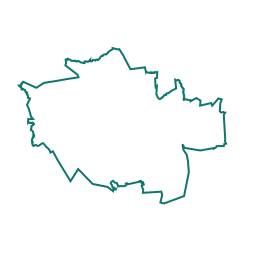 San Juan del Río, Durango, Mexico, rotated 258°
{"feature_id": "50627088B83051794831634", "entity_name": "San Juan del Río", "entity_type": "district", "adm_level": 2, "iso_a3": "MEX", "parent_name": "Mexico", "parent_adm1": "Durango", "projection": "robinson", "projection_center": [-104.386, 24.795], "detail": "fine", "context": "isolated", "style": "outline", "palette": "teal", "viewbox_px": 256, "rotation_deg": 258, "n_neighbors": 0, "source": "geoboundaries", "source_scale": "gbopen_adm2", "svg_char_len": 5680}
<svg xmlns="http://www.w3.org/2000/svg" viewBox="0 0 256 256"><g transform="rotate(258 128 128)"><path d="M96.4,220.7L120.2,224.3L121.5,224.9L122.5,225.9L122.5,225.1L123.8,224.9L123.8,222.4L125.1,221.3L132.8,223.4L136.5,225.7L137.5,223.8L138.1,222.6L132.3,215.0L135.1,214.5L134.9,203.2L139.7,204.6L143.1,201.1L141.2,195.0L142.1,195.3L142.9,192.6L143.8,191.3L144.1,189.0L144.2,188.9L143.9,188.5L143.9,188.4L144.6,188.3L145.3,188.7L145.7,189.2L146.0,189.0L146.5,189.1L146.7,189.3L147.5,189.4L148.2,189.7L148.8,189.4L149.0,189.5L149.5,189.6L150.0,189.4L150.3,189.6L151.0,189.3L151.3,189.3L151.7,189.4L152.0,189.8L152.5,189.7L152.8,190.1L153.9,190.2L154.2,190.6L154.6,190.5L155.0,190.3L155.4,190.3L155.6,189.8L155.9,189.5L156.6,189.5L156.9,189.2L157.3,189.3L157.6,189.1L158.1,189.1L158.3,188.7L159.0,189.0L159.3,188.9L159.8,189.1L160.2,189.2L160.6,188.6L161.1,188.2L161.6,188.2L162.1,188.0L162.8,188.4L163.1,188.4L163.7,187.8L164.1,187.7L164.4,187.5L164.6,187.2L164.6,186.3L164.4,185.8L164.3,185.0L164.6,184.7L165.1,184.4L165.4,184.4L165.5,184.2L156.7,183.3L155.3,178.2L154.6,177.0L154.5,176.4L153.6,174.6L153.8,173.9L153.7,173.1L153.6,172.5L153.4,172.3L152.5,172.3L152.4,171.6L152.5,171.1L152.6,170.2L152.3,170.1L151.5,169.1L151.0,168.1L150.8,168.2L150.5,167.9L150.6,167.5L150.3,166.7L149.7,165.7L149.8,165.4L149.7,165.1L150.2,164.3L151.6,163.5L155.3,162.8L163.0,165.0L162.2,163.6L165.1,163.9L170.9,164.9L171.0,166.8L176.6,168.3L176.5,167.7L176.7,166.5L177.2,166.1L176.4,164.9L176.4,164.6L176.7,164.3L177.0,164.3L177.1,164.2L177.1,163.8L176.8,163.5L176.8,163.3L177.3,162.9L177.2,162.6L176.8,162.4L176.9,162.2L177.6,162.1L177.8,161.9L177.8,161.7L177.3,161.0L177.3,160.8L177.8,160.0L178.0,159.2L178.3,158.6L178.5,158.5L179.0,157.8L179.0,157.5L178.7,157.2L183.8,157.2L185.0,142.6L197.7,139.0L200.2,138.5L201.9,137.7L206.9,135.9L206.7,135.2L206.8,135.0L206.9,134.9L207.1,134.5L207.1,134.3L207.2,133.9L207.4,133.4L207.9,132.7L208.0,132.2L208.2,131.7L208.7,130.9L208.7,130.6L209.0,130.3L209.3,129.7L208.7,129.7L208.4,129.4L208.1,128.6L207.9,128.3L207.7,127.9L207.5,127.0L207.3,126.2L206.9,125.6L206.6,124.7L205.6,124.0L205.5,123.7L205.5,123.4L204.9,122.6L204.6,122.3L204.7,122.1L204.7,121.8L204.8,121.6L204.6,121.4L204.8,121.0L204.8,120.5L204.9,120.1L204.8,119.4L204.6,119.0L204.4,118.6L203.9,118.4L203.8,118.1L203.9,117.5L203.7,117.4L203.8,117.0L203.6,116.2L202.5,115.4L202.2,115.0L201.8,114.7L201.6,114.2L201.5,113.6L201.4,113.4L200.9,113.2L200.9,112.8L200.7,112.3L201.3,111.8L201.4,110.9L201.2,110.5L200.8,109.9L201.5,108.9L201.8,107.6L201.2,107.1L201.4,106.9L201.4,106.3L200.9,106.2L200.8,105.6L201.7,105.2L201.5,104.4L202.4,104.8L201.2,103.2L201.4,102.6L201.2,101.9L201.6,101.1L202.1,100.5L202.0,100.3L202.1,100.0L202.1,99.7L201.7,99.1L200.6,99.0L200.6,98.9L200.7,98.0L201.5,96.8L201.5,96.6L201.6,96.1L202.3,95.1L203.5,93.9L204.0,92.9L204.0,92.4L203.7,92.2L203.6,91.9L203.8,91.5L204.1,91.5L204.4,90.6L205.0,89.7L204.7,89.5L204.8,89.0L205.0,88.4L205.3,87.8L205.3,87.2L205.5,86.6L206.3,86.2L206.7,85.7L207.2,84.9L207.3,84.7L208.3,83.7L208.2,82.7L207.4,82.9L207.1,82.2L207.7,81.4L207.5,81.1L206.7,81.4L206.4,81.2L204.2,80.8L202.9,80.1L202.2,79.8L190.8,89.6L187.9,90.1L188.5,79.5L189.0,66.5L189.6,55.2L186.4,46.7L195.0,35.1L194.8,34.6L194.3,34.4L194.3,34.1L193.7,33.1L193.3,33.4L193.1,33.4L192.1,32.0L192.0,31.7L191.9,31.2L192.2,30.2L191.4,30.5L191.2,30.5L191.0,31.1L191.1,31.3L190.9,31.5L190.6,31.6L190.6,32.0L190.4,32.0L190.0,31.9L189.1,32.0L188.4,31.8L187.9,31.9L187.8,32.3L187.7,32.5L187.8,32.7L188.1,32.7L188.3,33.0L188.2,33.4L188.0,33.5L187.4,33.6L187.1,34.5L186.6,35.1L186.2,35.1L185.7,35.3L185.1,35.2L184.9,35.4L184.7,35.3L184.1,35.6L184.3,35.9L184.1,36.1L184.1,36.3L183.5,36.7L182.6,36.2L182.0,36.2L181.6,36.3L181.2,36.8L180.6,36.6L179.7,36.7L178.4,36.4L177.2,38.3L171.6,34.0L167.5,35.0L159.3,35.5L156.6,37.0L157.4,32.2L154.1,31.4L154.4,31.8L154.3,32.0L153.9,32.1L153.9,32.3L153.7,32.6L153.2,33.0L153.3,33.4L153.2,33.6L153.4,33.9L153.3,34.3L153.1,34.4L152.9,34.9L153.1,35.3L153.1,35.9L152.8,36.1L152.5,36.5L152.1,36.6L151.9,36.5L151.4,36.7L151.4,36.4L151.3,36.0L150.6,35.7L150.5,35.1L150.3,34.4L149.9,34.3L149.6,33.9L149.3,33.7L148.7,33.7L148.1,33.6L147.4,33.0L146.9,32.9L146.6,32.6L146.1,32.7L146.1,32.9L145.2,33.7L144.6,34.1L144.2,34.2L143.7,34.1L142.4,34.5L142.0,34.3L141.5,34.4L141.4,34.3L140.8,34.4L140.4,34.5L140.4,34.4L140.3,34.5L140.1,34.5L139.8,34.3L139.8,34.1L139.5,33.9L139.4,33.6L139.2,33.4L139.1,33.5L139.1,33.4L138.9,33.3L138.7,33.0L138.4,33.0L138.2,32.8L137.7,32.7L137.6,32.4L137.2,31.9L136.7,31.7L136.4,31.8L135.8,31.4L135.2,31.6L135.0,31.4L134.8,31.5L134.4,31.3L134.3,31.5L134.1,31.5L133.9,31.8L133.5,31.6L133.4,31.7L133.2,31.6L133.1,31.3L132.8,31.1L132.1,31.1L131.7,31.3L131.2,31.3L131.0,31.6L130.7,31.4L130.6,31.6L130.1,31.8L130.6,34.3L129.4,35.7L129.2,37.0L130.9,41.1L130.5,42.1L126.2,44.3L125.3,45.1L123.1,46.5L120.1,47.1L120.8,49.7L111.2,52.5L87.9,60.7L98.2,70.7L80.6,81.8L74.6,95.8L69.4,100.2L70.7,100.6L70.5,102.8L70.4,102.9L70.3,103.2L70.7,103.4L71.0,102.6L71.3,103.0L71.5,102.3L71.9,102.0L72.7,101.8L72.7,101.2L73.0,100.6L76.0,100.3L77.3,99.6L78.3,100.2L78.9,100.8L79.5,102.4L77.4,103.6L76.3,105.9L75.4,105.7L74.0,106.4L72.9,106.1L72.7,109.3L72.3,110.0L72.1,110.8L72.0,113.1L72.6,114.7L74.1,114.4L74.1,115.7L73.0,117.0L73.1,128.9L73.7,128.8L73.7,129.5L72.4,129.6L71.4,130.0L72.2,130.6L71.9,131.4L70.5,131.4L70.2,131.7L69.4,131.7L68.9,129.4L64.3,130.0L61.5,129.1L58.8,147.3L55.6,147.6L48.3,144.2L46.7,147.6L49.8,168.7L72.0,178.3L83.3,179.8L89.9,179.8L95.1,177.7L100.8,177.9L96.8,179.2L91.0,194.0L90.5,207.8L90.0,207.7L90.8,210.2L91.8,210.9L90.5,218.1L92.3,218.8L92.3,220.7L95.1,220.1L96.4,220.7Z" fill="none" stroke="#0f766e" stroke-width="2"/></g></svg>